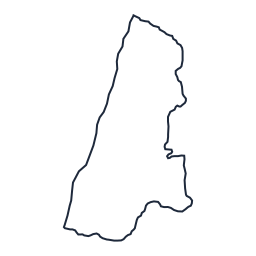 outline of Tel Aviv, Tel Aviv, Israel
{"feature_id": "584046B34315111222202", "entity_name": "Tel Aviv", "entity_type": "district", "adm_level": 2, "iso_a3": "ISR", "parent_name": "Israel", "parent_adm1": "Tel Aviv", "projection": "albers", "projection_center": [34.824, 32.095], "detail": "fine", "context": "isolated", "style": "outline", "palette": "slate", "viewbox_px": 256, "rotation_deg": 0, "n_neighbors": 0, "source": "geoboundaries", "source_scale": "gbopen_adm2", "svg_char_len": 1947}
<svg xmlns="http://www.w3.org/2000/svg" viewBox="0 0 256 256"><path d="M63.9,227.1L64.9,228.2L70.1,229.4L72.5,229.4L75.2,230.4L76.6,232.5L78.3,234.5L82.6,234.4L84.2,235.4L88.4,236.1L90.5,235.4L93.2,234.1L96.6,233.5L98.9,234.7L100.1,236.6L102.6,238.2L106.8,239.5L108.7,239.7L114.1,240.6L117.5,240.6L121.2,240.4L123.6,239.2L125.8,236.7L127.9,235.1L130.6,234.1L131.7,231.3L133.6,229.7L134.8,228.3L135.8,224.1L136.8,220.0L137.5,218.4L138.0,217.4L141.0,215.6L141.8,212.9L144.4,211.0L145.1,209.0L146.0,205.6L147.7,203.5L150.7,202.1L153.9,201.4L158.1,201.9L160.1,204.4L160.9,206.3L164.1,207.1L167.9,207.0L170.9,207.9L174.0,210.0L177.9,211.3L182.3,211.5L185.8,209.0L186.3,208.5L188.4,206.8L190.8,205.7L191.8,203.4L192.1,200.5L190.0,197.7L186.7,195.9L186.0,194.7L185.1,188.3L184.6,180.2L185.7,173.5L184.7,169.0L183.8,165.4L184.5,159.2L184.2,155.7L181.4,155.5L178.2,156.1L174.7,156.1L171.5,156.5L169.8,157.9L168.1,158.2L167.1,156.2L168.5,154.4L171.3,153.2L172.2,151.8L171.5,149.7L165.3,149.2L164.6,146.8L165.0,144.5L167.5,141.8L168.1,137.0L168.1,134.3L168.5,126.4L168.0,121.5L168.0,116.9L170.3,111.8L174.6,109.6L175.8,106.8L177.3,105.6L179.2,106.5L180.6,106.5L182.4,104.9L184.9,102.9L185.9,100.8L185.9,98.6L183.5,95.6L182.6,93.8L182.0,86.7L180.8,82.1L179.0,81.1L178.0,79.9L177.3,77.1L175.7,74.0L175.7,70.9L178.1,68.9L180.2,67.8L181.5,66.2L182.6,60.4L182.6,55.8L182.6,51.2L182.1,47.9L180.5,45.1L177.4,43.4L176.1,40.6L173.3,38.9L172.2,35.9L170.0,35.5L166.5,34.1L164.5,32.2L162.9,31.3L161.6,30.6L159.7,29.6L158.8,27.3L156.6,26.6L153.5,25.9L150.2,23.6L148.5,21.6L145.1,21.2L140.5,20.1L139.3,18.1L133.5,15.4L133.3,16.1L130.0,22.4L128.4,31.4L123.4,38.8L122.5,46.5L118.2,53.7L116.8,61.4L117.3,69.0L114.6,78.0L112.7,86.1L108.9,94.4L107.0,103.6L103.7,112.0L99.7,117.4L97.1,124.7L96.4,133.2L93.4,145.5L89.4,156.2L86.1,165.0L78.9,171.3L73.0,182.5L72.1,190.6L71.2,200.5L69.7,205.7L67.5,215.6L64.6,225.2L63.9,227.1Z" fill="none" stroke="#1e293b" stroke-width="2"/></svg>